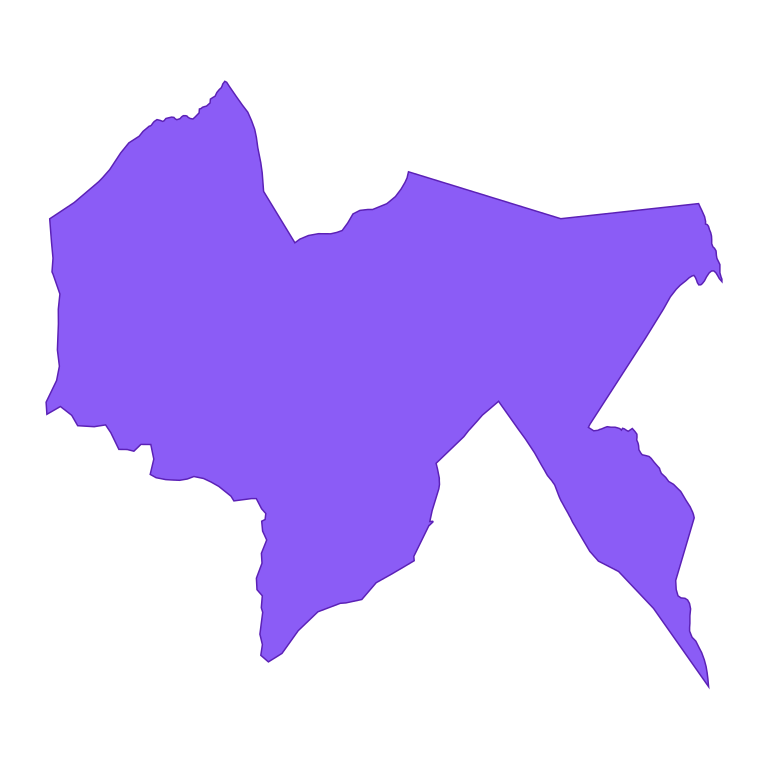 the district of San José Ayuquila, Oaxaca, Mexico
{"feature_id": "50627088B32404165337072", "entity_name": "San José Ayuquila", "entity_type": "district", "adm_level": 2, "iso_a3": "MEX", "parent_name": "Mexico", "parent_adm1": "Oaxaca", "projection": "natural_earth1", "projection_center": [-97.964, 17.952], "detail": "fine", "context": "isolated", "style": "filled", "palette": "violet", "viewbox_px": 768, "rotation_deg": 0, "n_neighbors": 0, "source": "geoboundaries", "source_scale": "gbopen_adm2", "svg_char_len": 4132}
<svg xmlns="http://www.w3.org/2000/svg" viewBox="0 0 768 768"><path d="M708.6,686.7L708.4,684.6L707.9,678.9L707.1,672.5L706.1,666.6L704.3,659.8L701.7,652.7L699.2,647.9L695.8,641.1L692.1,637.3L691.1,634.9L689.6,631.1L689.6,627.5L689.9,623.4L689.9,615.7L690.6,608.9L689.5,603.4L687.6,600.0L685.0,598.3L681.0,597.9L678.0,595.8L676.2,589.5L675.7,580.5L694.2,517.9L693.5,514.7L692.7,512.3L690.1,506.7L687.8,503.1L685.8,500.0L683.7,496.4L680.7,491.4L677.6,488.4L673.5,484.3L668.7,481.5L665.7,477.4L661.3,473.3L660.0,470.1L659.5,468.3L657.6,466.2L654.2,462.3L651.2,458.4L649.1,456.5L645.9,455.6L642.3,454.8L641.9,454.4L640.7,452.9L638.9,449.7L638.6,445.8L638.3,444.2L638.0,443.0L636.7,440.0L637.0,437.1L636.9,434.2L634.8,431.3L632.3,428.5L628.2,431.3L626.3,430.2L624.4,428.9L622.6,428.3L621.4,430.1L621.0,429.7L619.8,428.6L617.0,427.7L615.0,427.2L610.8,427.2L607.2,426.7L604.9,427.5L600.7,429.3L600.2,429.2L598.0,430.3L593.7,430.8L588.4,427.4L589.9,424.3L645.4,338.3L663.4,309.2L670.3,296.9L676.2,289.3L680.0,285.4L685.9,280.7L689.2,277.7L692.0,276.0L693.9,275.4L695.4,277.5L696.5,280.1L697.4,282.7L698.8,284.9L700.8,284.8L702.3,283.6L704.5,280.8L706.5,276.9L709.1,273.0L711.5,271.0L713.8,270.9L715.9,272.8L717.7,275.7L719.3,278.6L721.9,281.6L721.9,279.1L721.1,277.1L719.9,272.8L719.9,264.6L718.7,262.0L717.7,260.0L716.9,258.3L716.4,255.4L716.2,252.6L716.0,250.8L714.5,248.3L712.9,246.8L711.7,243.7L711.7,239.7L711.5,236.0L710.7,232.6L709.5,229.7L708.5,226.3L707.2,224.6L705.5,224.0L705.6,221.4L704.6,216.7L701.9,210.6L700.1,206.9L698.6,203.6L560.8,218.7L408.5,171.8L407.8,174.7L407.1,177.8L405.0,182.4L401.0,189.2L395.4,196.6L386.8,203.7L372.6,209.5L370.3,209.5L367.7,209.5L359.9,210.4L353.0,213.9L347.7,223.0L342.2,230.5L336.9,232.4L330.7,233.8L318.4,233.7L308.5,235.5L299.9,239.1L294.9,242.8L263.6,191.4L262.2,172.8L260.8,162.8L257.8,147.7L256.4,137.5L254.7,129.3L251.6,120.8L247.8,112.2L242.3,105.0L236.0,96.1L229.0,85.9L226.7,82.3L224.8,81.3L222.7,84.1L222.3,85.5L221.3,87.7L219.3,89.5L216.9,92.4L215.1,96.2L213.0,97.4L210.4,99.1L210.1,102.9L206.5,106.1L204.5,106.6L202.4,107.3L201.3,108.4L199.4,109.0L199.1,112.9L195.2,116.9L192.9,119.0L190.0,118.4L188.2,117.4L186.9,116.0L185.6,115.7L183.3,115.7L181.7,116.8L180.0,118.7L176.8,119.7L175.2,118.8L173.9,117.4L171.6,117.1L168.2,117.9L165.9,118.5L164.0,120.8L162.7,121.4L160.2,120.4L157.0,119.6L154.2,121.5L152.6,123.4L151.5,125.1L150.3,126.0L149.3,126.1L143.0,131.4L139.2,136.2L128.9,142.8L120.7,152.9L109.7,169.6L102.3,178.0L98.7,181.7L74.1,202.6L49.7,218.8L51.5,242.1L53.0,258.2L52.0,271.9L53.1,274.4L59.9,294.0L58.3,309.2L58.4,324.0L57.4,349.9L59.4,366.2L56.6,380.5L46.1,402.2L46.9,414.3L60.4,406.5L71.7,415.3L77.7,425.7L94.2,426.7L96.6,426.3L105.6,424.9L110.8,432.7L118.9,449.4L127.2,449.5L133.9,451.2L140.9,444.4L150.8,444.5L153.8,459.1L150.2,474.4L156.1,477.7L160.7,478.6L165.7,479.6L172.5,480.0L179.6,480.3L187.3,479.0L193.9,476.5L203.6,478.5L211.0,482.0L218.8,486.4L231.0,496.2L233.9,500.9L251.4,498.6L256.3,498.6L261.6,508.8L265.8,513.5L265.1,519.5L261.7,521.2L262.6,531.1L266.7,540.0L261.4,553.3L262.0,563.2L256.4,578.2L257.0,589.7L262.3,595.8L261.3,607.7L262.7,612.3L259.9,634.2L262.4,644.6L260.8,655.3L268.4,661.9L282.0,653.4L298.2,630.7L317.9,611.8L340.3,603.3L345.9,602.9L361.8,599.5L376.2,582.7L393.1,573.2L412.9,561.5L414.2,560.7L413.8,556.4L428.7,526.0L429.1,524.9L429.0,525.7L432.9,522.0L432.9,521.5L432.7,521.3L429.8,521.5L432.2,510.4L436.1,497.7L438.8,488.9L439.5,484.4L439.3,480.6L439.3,478.1L437.5,469.0L436.1,463.3L463.8,436.7L468.8,430.3L469.9,429.2L477.7,420.5L482.3,415.2L498.6,401.3L500.3,403.8L518.5,429.5L525.3,438.8L534.6,452.9L541.4,465.0L544.7,470.6L546.0,473.0L547.3,475.2L547.6,475.8L547.9,476.0L549.8,478.4L551.7,480.6L552.1,481.2L553.1,482.7L554.2,484.2L554.5,484.7L554.8,485.2L558.9,496.0L559.3,496.8L559.3,497.0L561.1,500.9L562.0,502.4L564.5,507.0L568.0,513.2L569.5,516.1L570.3,517.4L570.4,517.6L572.1,521.2L572.6,522.2L572.9,522.7L574.2,524.9L574.6,525.5L579.0,533.1L588.6,549.3L589.9,551.5L590.5,552.1L592.2,554.0L594.0,556.1L596.0,558.3L598.4,561.1L618.6,571.5L653.5,608.4L708.6,686.7Z" fill="#8b5cf6" stroke="#5b21b6" stroke-width="1.5"/></svg>